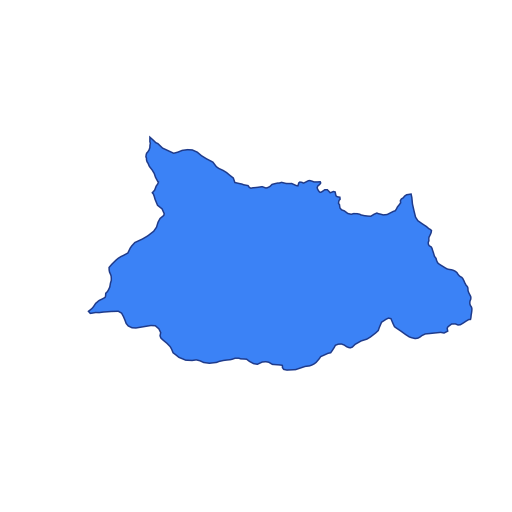 Udzorong, Tashigang, Bhutan, rotated 243°
{"feature_id": "84629894B96484165118210", "entity_name": "Udzorong", "entity_type": "district", "adm_level": 2, "iso_a3": "BTN", "parent_name": "Bhutan", "parent_adm1": "Tashigang", "projection": "equal_earth", "projection_center": [91.44, 27.228], "detail": "fine", "context": "isolated", "style": "filled", "palette": "blue", "viewbox_px": 512, "rotation_deg": 243, "n_neighbors": 0, "source": "geoboundaries", "source_scale": "gbopen_adm2", "svg_char_len": 5232}
<svg xmlns="http://www.w3.org/2000/svg" viewBox="0 0 512 512"><g transform="rotate(243 256 256)"><path d="M136.6,276.0L135.9,278.6L137.2,281.1L139.0,284.2L140.4,286.2L140.1,289.3L138.8,292.2L136.6,294.2L134.0,295.6L132.3,297.1L131.4,298.3L131.1,300.4L132.3,304.2L132.6,311.1L131.6,317.1L131.9,321.2L133.1,327.6L134.1,331.1L136.4,333.5L140.0,337.8L140.6,343.3L140.5,345.9L138.9,347.8L133.7,347.4L130.1,347.3L127.8,348.5L123.5,350.9L118.2,353.6L114.4,355.8L112.8,357.3L110.2,360.3L109.3,363.0L109.4,365.8L109.8,367.5L109.7,371.5L108.1,375.5L106.7,379.2L104.1,385.9L102.0,388.6L102.0,390.4L102.0,392.7L104.8,393.5L105.8,394.9L106.6,399.4L105.0,402.8L102.8,404.7L102.0,406.9L102.2,410.2L102.6,413.5L102.8,416.7L102.1,418.3L103.4,419.4L106.0,421.1L107.3,422.1L108.9,423.2L110.2,424.0L111.5,424.6L112.9,424.8L114.2,424.6L115.1,424.6L116.1,424.8L117.0,425.1L118.3,425.9L118.9,426.4L119.4,427.0L120.1,427.8L121.5,428.6L122.5,428.9L123.9,428.9L126.8,428.9L128.9,429.2L129.6,429.5L130.7,430.0L131.5,430.3L132.5,430.4L133.7,430.2L134.4,429.9L135.2,429.9L136.6,429.9L137.3,429.8L138.0,429.9L138.9,430.0L139.6,430.0L140.5,430.0L142.1,430.0L143.6,429.6L145.2,428.5L146.5,428.0L148.4,427.6L149.4,427.6L150.5,427.3L151.5,426.8L152.3,426.4L153.9,425.1L155.0,423.9L156.0,422.5L156.6,421.7L157.2,420.9L157.9,420.3L159.2,419.4L162.5,417.4L164.1,416.4L165.9,415.4L166.7,415.0L167.7,414.8L168.4,414.8L169.3,414.8L170.3,414.9L171.1,415.1L171.9,415.3L173.3,415.2L174.5,414.8L175.2,415.0L176.6,415.2L177.6,415.4L178.6,415.6L179.4,415.7L180.1,415.8L181.5,416.0L182.2,416.2L183.7,416.3L184.6,416.2L185.5,415.6L186.5,415.0L187.7,414.9L188.4,415.0L189.5,415.4L190.4,416.1L191.0,416.9L192.3,417.5L193.5,418.1L194.4,418.9L195.1,419.9L195.8,420.8L196.4,421.6L197.3,422.6L199.0,423.9L200.3,423.5L201.9,422.4L204.7,421.3L209.1,418.8L214.0,416.2L218.2,415.8L224.2,417.2L231.3,419.0L237.4,421.4L240.8,422.3L241.5,420.1L242.2,418.0L241.9,415.6L241.0,413.6L240.8,411.4L239.8,409.8L237.7,409.0L236.7,407.0L235.5,404.3L234.1,402.4L233.1,400.6L233.4,398.5L233.4,391.7L234.8,388.1L236.6,386.1L238.3,384.1L239.4,383.2L239.6,380.2L239.3,376.3L240.7,373.9L242.7,370.9L245.1,368.0L246.0,367.5L247.8,365.3L249.5,362.1L249.9,359.8L252.2,357.1L256.1,355.2L258.3,353.2L260.7,352.6L262.5,353.2L263.9,353.7L265.4,353.4L266.9,354.4L267.8,355.2L268.4,356.7L270.3,357.4L271.1,356.3L272.2,355.1L273.3,354.6L274.6,354.9L277.1,355.6L278.3,354.3L278.5,352.0L278.7,350.8L280.8,350.2L282.7,349.6L283.8,347.3L283.5,345.1L283.3,343.2L283.6,342.0L284.7,341.5L285.4,341.4L287.5,341.2L289.1,341.5L290.3,342.8L290.9,345.4L291.7,346.8L293.0,346.9L293.9,344.8L295.6,341.4L297.2,339.9L298.8,338.2L299.3,336.8L299.3,335.1L299.3,334.2L299.3,332.8L299.4,331.4L300.8,330.3L302.0,328.6L301.7,327.3L299.5,325.2L300.4,323.9L302.0,322.6L304.4,320.7L305.0,319.4L306.9,315.8L309.4,312.9L310.0,312.2L310.5,309.6L311.1,308.6L311.6,306.8L312.1,304.7L312.5,302.8L312.2,301.8L311.7,300.4L311.6,298.8L311.7,296.7L312.4,295.3L313.7,294.2L315.0,292.9L315.5,291.4L316.4,288.7L317.4,286.1L318.2,284.2L318.7,282.2L320.1,281.2L322.3,280.9L325.1,277.3L326.5,276.1L328.4,273.7L331.1,270.5L332.4,270.7L335.8,271.2L339.8,269.3L343.6,267.7L347.1,265.6L350.9,262.6L353.6,261.2L359.2,260.2L365.1,256.0L370.2,252.9L375.2,250.8L379.4,247.4L381.8,243.3L383.6,238.2L384.0,233.6L384.9,229.3L390.4,225.0L394.6,221.7L400.7,219.6L402.4,218.2L406.2,216.9L410.0,215.4L405.9,213.3L404.5,213.1L402.8,211.8L400.7,210.6L398.9,208.7L397.7,206.5L397.3,205.3L396.3,204.3L394.3,202.9L393.1,202.9L391.4,202.1L389.4,201.7L387.6,201.9L384.9,201.7L384.2,201.7L382.9,201.9L379.3,202.6L378.4,202.6L375.7,202.8L371.8,202.2L367.0,202.3L366.3,202.7L364.9,201.3L363.6,198.8L360.7,195.6L359.4,192.3L357.8,192.7L355.4,192.4L352.3,191.8L345.9,191.3L340.6,193.7L335.3,193.4L334.0,192.2L333.4,189.4L333.0,187.6L330.6,184.1L326.8,180.4L324.5,176.1L323.2,169.4L323.0,167.7L322.7,162.5L323.0,154.2L321.4,149.9L320.2,147.6L316.8,143.1L316.8,142.1L316.7,138.0L316.8,135.6L316.6,133.1L316.5,132.2L315.9,129.5L314.1,123.8L312.5,119.9L310.2,118.8L308.2,118.2L306.3,118.1L305.1,118.0L304.3,117.9L303.6,117.7L301.7,116.9L300.8,116.4L300.1,116.1L297.9,114.0L296.0,112.6L294.6,111.5L292.7,109.0L291.7,107.4L291.0,105.2L289.5,104.3L288.5,103.7L287.6,102.7L287.5,99.4L287.6,96.3L287.4,95.0L287.0,93.5L286.6,91.7L284.9,88.7L284.2,87.3L283.7,86.0L283.2,83.7L282.8,81.6L280.1,82.3L279.4,84.4L278.5,87.4L276.7,90.7L275.5,94.2L272.3,101.8L269.3,108.2L266.1,110.3L262.2,110.4L258.2,110.1L254.8,109.7L251.7,110.4L248.4,112.9L246.4,116.3L245.0,120.7L243.3,126.1L241.8,130.8L239.6,134.6L235.2,136.4L231.0,136.3L228.5,134.3L226.1,134.0L223.8,134.8L218.7,137.0L214.2,138.4L211.3,138.5L207.4,138.2L204.3,139.7L200.7,141.3L195.1,146.1L191.9,151.7L190.6,155.6L188.1,158.5L184.9,161.0L181.6,165.8L179.1,172.5L178.8,175.4L177.7,179.6L176.6,182.7L175.2,186.3L174.8,188.1L174.4,191.0L172.8,194.2L171.3,195.7L169.7,198.5L168.3,200.8L165.1,202.3L161.2,205.0L158.9,208.1L158.7,213.4L157.4,216.7L155.6,219.1L152.0,221.4L150.1,224.5L148.4,227.3L147.2,229.1L146.6,229.8L145.9,229.6L144.6,228.9L142.4,229.2L140.3,231.8L136.8,239.7L135.3,249.7L133.8,253.8L133.5,256.2L133.5,258.8L133.9,261.2L135.6,265.4L137.0,268.0L136.8,271.7L136.6,276.0Z" fill="#3b82f6" stroke="#1e3a8a" stroke-width="1.5"/></g></svg>